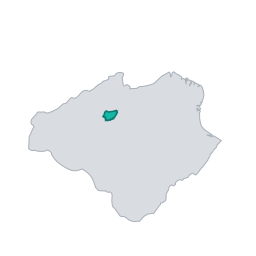 Wase, Plateau, Nigeria (highlighted), rotated 215°
{"feature_id": "59680162B1443452948914", "entity_name": "Wase", "entity_type": "district", "adm_level": 2, "iso_a3": "NGA", "parent_name": "Nigeria", "parent_adm1": "Plateau", "projection": "robinson", "projection_center": [10.242, 9.037], "detail": "medium", "context": "in_parent", "style": "filled", "palette": "teal", "viewbox_px": 256, "rotation_deg": 215, "n_neighbors": 0, "source": "geoboundaries", "source_scale": "gbopen_adm2", "svg_char_len": 5211}
<svg xmlns="http://www.w3.org/2000/svg" viewBox="0 0 256 256"><g transform="rotate(215 128 128)"><path d="M197.5,54.1L203.9,64.1L205.3,71.5L205.8,75.2L206.9,75.6L208.9,75.8L210.3,76.5L211.2,77.7L211.7,78.9L211.9,79.5L211.5,84.0L211.0,85.6L211.2,87.8L211.2,88.8L210.9,89.4L210.1,90.1L208.8,90.8L206.0,93.0L205.1,93.3L203.9,93.3L202.9,93.9L201.6,95.0L198.9,99.3L196.6,103.6L195.0,110.5L192.9,112.7L192.6,114.6L192.3,118.9L191.9,120.2L191.6,120.6L189.4,121.4L188.2,122.4L187.4,124.4L186.5,131.0L186.1,132.1L185.4,133.3L184.3,134.5L183.3,135.2L180.8,135.7L178.4,140.7L178.4,141.5L177.3,146.1L175.5,149.5L175.4,151.7L173.1,154.7L171.9,156.8L173.1,158.9L173.2,159.3L169.2,162.9L169.0,163.5L168.8,166.0L168.5,166.7L167.8,167.6L166.7,168.6L165.6,169.4L164.4,169.9L163.2,170.1L162.6,169.8L162.2,169.0L161.5,166.0L161.2,165.3L160.4,164.7L157.4,161.3L155.5,160.1L155.1,160.2L154.8,160.5L154.3,162.3L153.8,162.9L152.8,163.1L151.1,163.1L149.9,162.9L149.6,162.5L149.0,161.2L145.2,164.3L143.9,165.0L142.2,168.6L139.8,170.4L138.2,172.0L133.8,177.0L132.9,178.4L132.0,180.6L130.1,189.9L127.1,195.8L126.7,197.0L126.1,197.5L124.9,197.1L124.4,196.1L123.6,195.9L122.4,194.3L122.1,194.6L123.4,198.6L122.9,200.2L119.2,200.2L116.0,200.7L113.8,200.7L112.7,200.1L112.2,198.6L111.9,199.6L111.2,200.2L108.7,200.3L107.6,199.3L106.8,198.1L105.8,197.6L106.0,198.1L107.0,199.2L106.9,200.8L104.9,202.7L103.6,202.8L102.9,202.0L102.5,200.7L102.3,198.8L101.7,197.5L101.8,199.6L101.8,201.6L102.8,203.1L101.3,203.6L99.6,203.6L99.3,203.1L99.1,201.8L98.8,201.5L98.4,203.6L94.9,204.2L94.3,204.1L94.2,203.7L94.5,203.1L94.5,202.2L93.7,202.9L93.5,204.4L93.1,204.6L91.7,204.4L90.2,203.7L87.8,201.8L84.8,198.7L84.3,197.3L83.5,195.7L82.0,191.0L82.2,190.8L82.9,191.1L83.3,190.6L82.0,190.3L81.8,190.0L81.7,188.9L81.8,187.7L83.6,187.0L84.1,186.3L84.3,185.5L82.0,186.7L79.8,185.4L79.4,184.6L79.6,184.0L82.1,183.9L83.0,183.3L82.5,183.1L81.5,183.1L81.2,182.7L81.2,181.8L80.9,182.0L80.5,182.8L79.0,183.5L78.2,182.8L78.1,181.5L77.9,180.8L77.2,180.3L74.6,176.7L71.5,173.6L68.6,171.5L64.3,170.5L55.3,170.6L54.8,170.3L55.4,169.8L56.2,169.5L59.1,167.8L58.6,167.6L55.6,168.6L54.5,168.7L53.2,170.8L44.3,171.2L44.4,170.3L44.8,167.6L45.3,165.7L44.7,163.5L44.6,161.5L45.0,160.8L45.1,160.1L45.0,154.8L45.5,154.1L45.5,153.5L44.6,151.3L44.6,149.6L44.4,147.9L44.1,147.2L44.5,140.8L44.4,139.2L44.7,138.1L44.9,135.4L44.9,132.7L45.5,128.4L49.3,127.9L50.2,126.2L50.7,124.1L50.6,122.0L51.8,120.2L53.3,118.5L53.3,116.8L53.7,116.2L54.4,115.8L55.4,115.6L56.5,114.7L57.2,113.2L57.8,110.7L56.8,108.9L56.8,108.6L57.2,107.6L57.8,106.7L58.3,106.4L59.4,106.6L59.8,106.3L60.5,103.5L60.4,102.8L59.4,100.9L58.9,96.0L58.6,95.3L57.8,94.4L55.7,90.9L55.7,89.3L56.6,87.2L57.2,86.1L58.0,85.6L58.2,85.1L58.0,84.5L57.6,84.0L57.5,83.1L57.9,81.8L57.8,80.3L58.0,72.8L59.8,71.3L62.3,68.9L63.6,66.4L64.3,64.4L65.1,58.0L66.5,57.3L69.0,55.0L72.4,53.6L74.6,53.2L78.5,53.4L80.5,53.2L82.2,51.9L82.9,51.6L84.0,51.4L93.6,54.7L94.5,54.6L95.3,54.8L96.5,55.7L99.3,58.8L102.3,63.6L103.2,64.6L104.1,65.2L105.1,65.4L105.8,65.3L106.5,64.8L107.5,63.9L108.9,63.5L110.0,63.6L116.1,59.9L116.7,59.9L120.4,60.7L125.4,64.4L129.5,66.8L132.4,67.6L135.8,68.2L141.6,68.3L146.0,63.2L147.7,62.0L149.6,61.0L153.7,60.0L160.4,59.4L166.8,59.7L170.7,60.6L174.9,62.2L176.7,63.9L179.5,64.1L181.5,63.8L182.2,62.2L184.2,60.1L187.2,58.1L189.7,56.8L191.7,56.2L193.5,54.6L195.0,54.1L197.5,54.1ZM109.0,202.4L107.6,202.9L106.7,202.7L107.9,200.6L108.5,201.1L109.3,201.3L109.0,202.4Z" fill="#d9dde1" stroke="#a8b0b8" stroke-width="1"/><path d="M154.9,123.0L154.4,123.1L154.1,123.0L153.5,123.2L153.1,123.6L153.0,124.0L152.3,123.6L152.2,123.5L152.2,123.1L152.2,122.8L152.0,122.6L151.9,122.5L151.6,122.6L151.3,122.5L151.2,122.4L151.2,122.0L151.1,121.7L150.9,121.5L150.8,122.2L150.3,122.5L150.1,122.1L149.7,122.0L149.4,122.1L149.2,122.2L149.0,122.3L149.0,122.5L148.7,122.7L148.4,123.1L148.4,123.3L148.1,123.7L147.8,123.7L147.6,124.0L147.5,124.4L147.3,124.4L147.2,124.3L146.9,124.4L146.9,124.7L147.1,124.9L147.0,125.1L147.2,125.4L146.9,125.6L146.6,125.4L146.5,125.5L146.3,126.0L146.0,125.9L145.9,126.0L145.9,126.3L145.9,126.5L146.0,126.6L146.0,126.8L145.9,126.8L145.8,126.7L145.6,126.9L145.8,126.9L145.8,127.2L145.9,127.4L146.1,127.5L145.9,128.0L145.7,128.3L145.4,128.6L145.1,128.7L145.1,128.8L145.3,129.1L145.2,129.3L145.3,129.5L145.1,129.9L145.3,130.2L145.4,130.9L145.3,131.2L145.3,131.3L145.3,131.7L145.4,131.8L145.2,132.4L145.4,132.5L145.7,133.0L145.8,133.3L145.7,133.6L145.6,134.2L145.5,134.4L145.7,134.7L146.1,134.9L146.4,134.9L146.6,134.8L146.6,135.3L146.8,135.1L146.9,135.3L147.2,135.4L147.7,135.7L147.9,135.4L148.2,135.0L148.2,134.9L148.4,134.9L148.6,134.4L149.5,133.5L149.7,133.2L150.2,132.6L150.3,132.5L150.5,132.3L150.7,132.1L150.9,132.0L151.6,131.5L151.8,131.1L152.2,130.8L152.4,130.6L152.6,130.4L152.7,130.2L153.0,130.0L153.5,129.8L154.0,129.8L154.2,129.7L155.0,129.7L155.4,129.6L155.8,128.9L155.9,128.6L156.0,128.3L156.0,128.0L156.0,127.9L155.8,127.7L155.9,127.3L155.9,127.2L155.7,126.9L155.7,126.7L155.6,126.4L155.6,126.2L155.4,126.1L155.4,125.9L155.4,125.6L155.3,125.4L155.2,125.3L155.1,124.4L155.2,124.0L155.1,123.9L154.9,123.6L154.9,123.4L155.0,123.2L154.9,123.1L154.9,123.0Z" fill="#14b8a6" stroke="#0f766e" stroke-width="1.5"/></g></svg>